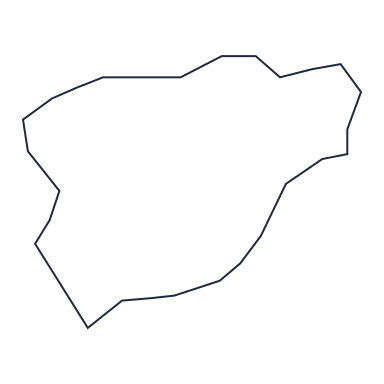 the district of Kaliana, Nicosia, Cyprus
{"feature_id": "46923920B95377363284584", "entity_name": "Kaliana", "entity_type": "district", "adm_level": 2, "iso_a3": "CYP", "parent_name": "Cyprus", "parent_adm1": "Nicosia", "projection": "equal_earth", "projection_center": [32.874, 35.003], "detail": "fine", "context": "isolated", "style": "outline", "palette": "slate", "viewbox_px": 384, "rotation_deg": 0, "n_neighbors": 0, "source": "geoboundaries", "source_scale": "gbopen_adm2", "svg_char_len": 443}
<svg xmlns="http://www.w3.org/2000/svg" viewBox="0 0 384 384"><path d="M361.0,92.0L340.6,64.1L311.5,69.3L280.0,77.3L255.7,56.1L221.8,56.1L180.6,77.3L146.7,77.3L103.0,77.3L76.4,87.8L52.1,98.4L23.0,119.6L27.9,151.3L59.4,190.9L49.7,220.0L35.1,243.8L87.8,327.9L122.0,300.6L151.6,298.1L174.3,295.6L219.8,280.7L240.3,263.3L260.8,236.0L285.9,183.9L322.3,159.0L347.3,154.1L347.3,129.3L361.0,92.0Z" fill="none" stroke="#1e293b" stroke-width="2"/></svg>